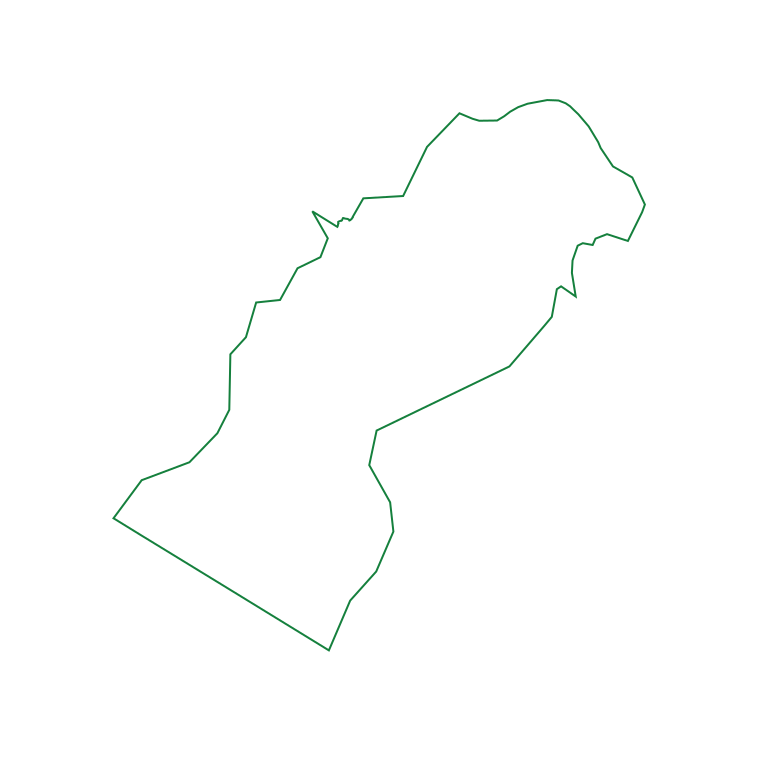 the district of Camden, New Jersey, United States of America, rotated 78°
{"feature_id": "52423323B11695261421482", "entity_name": "Camden", "entity_type": "district", "adm_level": 2, "iso_a3": "USA", "parent_name": "United States of America", "parent_adm1": "New Jersey", "projection": "robinson", "projection_center": [-75.037, 39.802], "detail": "fine", "context": "isolated", "style": "outline", "palette": "green", "viewbox_px": 768, "rotation_deg": 78, "n_neighbors": 0, "source": "geoboundaries", "source_scale": "gbopen_adm2", "svg_char_len": 1254}
<svg xmlns="http://www.w3.org/2000/svg" viewBox="0 0 768 768"><g transform="rotate(78 384 384)"><path d="M134.9,253.9L161.0,292.6L204.1,326.2L198.1,365.6L214.1,379.9L214.6,379.9L214.8,380.4L215.9,381.4L216.3,382.5L216.7,382.8L216.3,383.8L216.5,384.0L215.9,384.2L215.0,385.2L214.6,386.4L213.9,388.2L213.3,388.9L213.2,389.7L215.2,391.1L215.5,391.8L215.3,392.2L215.7,394.6L215.9,395.1L217.2,395.4L217.6,395.2L218.2,395.7L219.2,396.1L220.2,396.6L220.6,397.0L200.2,418.2L229.8,408.7L246.7,419.8L252.8,444.5L280.2,468.2L277.7,492.1L309.5,509.3L323.0,528.1L377.1,540.7L397.5,557.2L420.1,590.6L427.7,641.0L459.1,676.5L481.5,653.0L554.3,576.2L633.1,493.3L588.8,462.1L565.8,430.6L530.3,405.5L501.0,402.6L460.3,415.3L428.0,400.9L392.9,257.7L360.2,214.8L353.2,205.9L327.2,195.2L325.3,190.5L338.3,178.3L314.4,177.1L302.4,173.9L289.0,165.8L287.6,160.3L291.4,151.0L285.8,146.9L283.8,134.7L294.8,115.7L269.6,95.8L262.7,91.5L233.6,98.2L218.8,114.8L198.3,123.0L197.8,123.1L192.0,124.2L175.0,130.1L174.3,130.4L160.6,137.8L154.9,141.7L151.1,144.2L147.2,147.9L143.0,154.3L142.3,156.9L140.2,165.4L139.7,185.3L140.0,187.4L141.1,195.2L143.7,203.4L143.8,203.8L147.1,210.8L149.8,218.6L146.3,236.1L143.0,242.2L134.9,253.9Z" fill="none" stroke="#15803d" stroke-width="2"/></g></svg>